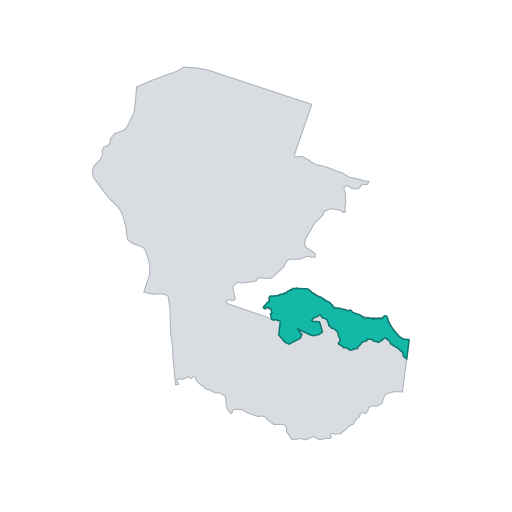 Zambia, with Luapula highlighted, rotated 109°
{"feature_id": "ZMB-514", "entity_name": "Luapula", "entity_type": "Province", "adm_level": 1, "iso_a3": "ZMB", "parent_name": "Zambia", "parent_adm1": "", "projection": "equal_earth", "projection_center": [29.278, -10.414], "detail": "fine", "context": "in_parent", "style": "filled", "palette": "teal", "viewbox_px": 512, "rotation_deg": 109, "n_neighbors": 0, "source": "natural_earth", "source_scale": "10m", "svg_char_len": 9654}
<svg xmlns="http://www.w3.org/2000/svg" viewBox="0 0 512 512"><g transform="rotate(109 256 256)"><path d="M326.7,350.4L308.4,350.5L301.7,352.4L296.2,355.4L289.7,360.0L286.0,363.2L284.9,364.9L284.4,368.9L284.4,374.9L283.8,379.2L281.8,383.2L271.9,388.0L265.5,392.0L259.2,396.6L254.4,402.6L251.1,410.1L245.7,419.2L234.4,435.6L227.8,438.7L222.3,438.0L215.6,434.6L210.3,433.9L206.4,436.0L202.8,435.4L199.5,431.9L196.7,430.7L194.4,431.6L191.5,431.5L186.3,429.6L181.7,423.7L179.2,421.3L177.3,420.4L171.8,419.5L159.3,418.1L146.3,421.0L134.9,424.0L123.2,410.9L111.8,397.1L109.4,393.6L105.1,389.0L102.0,386.8L100.8,385.6L97.6,373.3L95.8,362.0L94.5,252.6L146.0,252.6L149.3,252.2L149.4,251.0L147.0,245.1L147.1,243.1L147.7,239.1L149.9,231.1L150.0,228.5L148.9,219.8L149.0,215.0L149.5,205.2L149.2,201.9L150.3,197.5L150.7,194.6L151.2,193.3L150.6,189.9L149.5,178.3L148.8,173.4L152.0,174.1L153.0,176.5L153.6,179.2L155.0,179.3L158.7,180.9L160.0,183.0L160.8,187.7L160.3,190.1L159.2,192.0L160.4,193.7L162.8,194.9L164.3,194.5L168.4,191.3L172.2,190.2L174.1,189.3L182.7,187.2L184.3,186.1L185.5,186.1L186.4,187.0L185.6,190.3L185.4,193.3L186.5,198.8L187.3,201.4L189.1,203.3L190.4,204.3L191.8,206.3L194.8,205.9L201.3,208.7L203.3,210.0L206.0,211.3L208.0,211.8L214.7,212.8L221.8,214.4L225.5,214.5L228.1,214.1L230.0,213.3L231.1,212.4L231.6,211.7L234.2,201.1L235.6,200.3L237.4,199.8L238.4,200.7L239.6,207.4L244.7,213.4L246.5,218.4L247.8,222.7L248.9,223.9L250.8,225.4L253.9,225.9L256.7,226.0L270.6,233.4L272.1,234.7L273.8,238.6L274.8,243.0L275.9,246.5L277.7,247.2L279.3,247.5L280.9,249.8L282.0,251.9L286.1,260.6L286.7,264.0L288.7,266.3L291.4,267.3L293.9,267.4L295.3,266.4L298.8,264.6L301.6,262.5L303.6,261.8L304.8,262.3L305.7,263.7L306.3,268.0L308.2,269.4L309.7,268.9L310.2,267.2L310.3,266.3L310.3,221.2L309.0,221.5L307.4,222.8L303.8,223.0L302.3,223.9L301.9,225.4L302.2,227.2L302.2,229.8L301.7,231.0L300.1,231.5L297.8,230.5L293.6,229.2L290.1,228.4L287.6,225.0L284.1,219.9L281.9,217.3L276.5,212.0L275.6,210.9L274.0,208.4L272.6,204.2L271.2,199.3L270.5,196.2L271.8,191.4L274.9,175.7L275.6,170.8L278.3,165.9L278.4,161.4L277.4,155.7L277.7,152.6L278.0,134.6L277.3,128.9L275.5,122.6L271.6,113.8L271.6,111.9L277.6,106.2L279.4,104.1L282.5,99.4L284.6,95.5L286.0,92.3L286.4,88.2L285.4,84.3L287.5,83.5L336.9,73.3L337.6,76.0L339.1,80.5L340.8,83.8L343.0,86.7L344.8,88.5L345.9,89.0L353.6,88.8L356.3,90.6L358.7,92.8L359.3,96.2L360.8,98.4L362.5,100.1L363.3,100.3L364.5,99.9L366.5,99.9L368.4,100.6L369.3,101.3L369.4,104.2L370.0,105.5L372.6,106.0L375.2,106.2L377.7,108.2L380.4,108.6L383.6,109.4L385.1,111.5L388.4,113.6L392.6,115.6L397.1,118.7L397.2,119.7L397.9,121.6L398.7,123.0L398.8,125.0L399.2,126.8L400.3,127.2L401.3,127.4L402.2,126.0L403.4,126.1L404.7,126.9L405.2,129.0L406.2,131.9L407.9,133.8L409.0,135.7L408.6,139.2L407.8,142.3L410.1,145.4L413.0,148.3L413.8,149.6L414.1,154.0L414.5,155.5L416.5,159.1L417.5,161.5L417.4,162.9L412.0,170.1L408.6,171.2L407.2,172.7L406.3,174.2L408.4,181.4L409.5,184.1L408.6,187.5L406.4,193.2L405.4,193.8L405.2,198.1L405.9,199.7L406.9,201.0L407.3,203.9L407.2,211.3L405.8,219.6L408.2,226.9L409.0,227.7L412.4,227.7L413.0,228.4L412.2,230.4L409.8,233.6L405.5,236.1L399.4,238.9L398.1,241.5L397.2,245.3L397.9,247.6L398.7,248.9L398.4,252.2L397.9,255.7L398.0,258.5L397.8,261.0L396.9,262.2L395.9,265.9L394.5,269.6L393.5,271.3L391.9,273.0L389.5,274.5L389.5,275.2L392.3,277.0L393.0,278.1L393.2,279.0L392.1,280.8L393.3,282.0L394.9,282.9L396.3,285.4L398.0,290.0L398.3,290.5L398.7,290.6L399.7,290.1L401.4,288.2L402.6,287.5L404.0,290.2L378.4,301.7L372.4,304.0L363.4,308.1L360.5,309.6L358.1,311.1L334.3,320.0L330.6,321.8L322.2,326.3L321.9,327.1L322.0,329.2L322.7,333.5L324.2,337.4L325.4,339.6L326.2,345.4L326.7,350.4Z" fill="#d9dde1" stroke="#a8b0b8" stroke-width="1"/><path d="M276.8,123.8L276.4,123.7L276.3,123.2L276.2,122.0L276.1,121.6L275.9,121.2L275.3,120.6L274.9,120.2L274.8,119.6L274.9,118.4L274.8,117.7L274.2,116.7L273.3,116.0L271.9,115.7L270.7,115.0L270.3,113.7L270.8,112.3L272.0,111.3L274.5,109.7L277.1,107.1L281.7,101.0L285.3,94.7L286.3,91.5L286.5,88.2L285.3,84.9L285.2,84.2L285.9,83.8L304.3,80.0L304.0,80.8L303.2,83.0L302.8,83.8L302.4,84.3L302.1,84.6L301.2,84.9L300.1,85.4L299.9,85.6L299.5,86.1L299.2,86.7L298.4,88.9L298.1,89.5L297.8,89.9L297.6,90.2L296.7,93.1L296.1,96.7L295.2,99.8L295.1,100.2L294.6,100.8L294.4,101.0L293.5,101.3L293.1,101.6L293.0,101.9L292.3,104.9L292.3,105.0L292.1,105.1L291.6,105.1L291.6,105.3L291.4,106.1L291.3,106.9L291.4,107.3L291.6,107.5L292.0,107.8L292.8,108.3L293.0,108.5L293.6,109.2L293.9,109.4L294.1,109.4L294.5,109.2L295.0,109.4L295.1,109.5L295.5,110.1L295.7,110.6L295.9,110.9L296.0,111.0L296.4,111.1L296.6,111.2L296.8,111.6L297.4,111.5L297.5,111.6L297.6,111.8L297.6,112.3L297.8,112.8L297.8,113.1L297.7,114.2L297.7,114.6L298.2,116.8L298.1,117.4L297.9,117.8L297.5,118.0L297.4,118.1L297.4,118.3L297.3,119.4L297.3,119.7L297.4,120.4L297.6,121.0L298.2,123.1L298.5,123.6L298.9,124.0L299.1,124.0L299.6,123.7L300.1,123.8L300.4,123.9L300.9,124.6L301.4,125.7L301.5,126.0L301.8,126.2L302.2,126.7L302.6,126.8L303.0,127.5L303.3,127.8L303.7,127.9L304.2,128.2L304.3,128.3L304.8,128.1L306.0,128.5L306.3,128.7L306.8,129.1L307.6,129.4L308.3,129.6L308.6,129.9L308.7,130.0L309.2,129.9L309.9,130.0L310.2,129.9L310.5,130.0L311.0,131.1L311.3,131.7L311.7,132.2L312.0,132.5L312.2,133.0L312.3,133.6L312.4,133.9L312.6,134.1L313.4,134.5L313.6,134.6L313.8,134.8L313.9,135.2L314.2,136.5L314.3,136.8L314.1,137.7L313.4,140.1L313.4,140.6L313.5,141.2L313.9,142.6L314.2,143.3L314.3,143.4L314.3,143.6L313.5,144.5L313.2,145.2L313.1,145.5L312.7,148.3L312.5,148.7L312.4,149.0L311.9,149.5L311.5,149.7L311.2,149.7L310.7,149.6L310.1,149.3L309.7,149.1L308.4,149.0L307.6,149.2L307.1,149.5L306.8,149.7L306.4,150.2L305.6,151.3L305.3,151.6L304.6,152.0L303.6,152.7L302.7,153.0L302.3,153.2L302.1,153.4L301.6,154.2L300.5,155.1L300.4,155.2L300.4,155.5L300.3,156.7L300.2,157.1L300.1,157.3L299.9,157.5L299.2,158.8L299.2,159.3L299.4,159.8L299.7,160.4L299.8,160.5L299.6,161.0L298.5,163.0L298.3,163.5L298.2,164.4L298.0,164.6L297.9,164.7L297.1,164.7L296.8,164.8L296.6,165.2L296.3,165.5L293.0,168.3L292.8,168.6L292.8,168.8L292.8,173.2L292.7,173.4L292.7,173.6L291.4,175.1L290.9,176.0L290.6,176.6L290.6,176.8L290.9,176.9L293.0,177.9L293.3,178.2L295.7,181.4L295.9,181.5L296.2,181.7L296.9,181.6L297.1,181.6L298.5,182.6L298.9,182.6L299.0,182.5L299.1,182.1L299.1,181.2L299.3,180.2L299.3,179.8L298.5,178.4L298.4,178.1L298.3,177.8L298.3,177.4L298.4,176.7L298.3,176.4L297.8,175.3L297.6,174.8L298.0,174.3L298.4,173.9L306.0,168.5L306.3,168.4L307.0,169.0L307.9,169.6L309.2,170.3L309.8,170.7L309.9,170.9L310.0,171.1L310.8,173.1L311.0,173.4L311.7,174.0L312.0,174.4L312.8,176.3L312.9,176.9L313.0,178.9L311.4,192.9L311.6,192.7L311.8,192.1L312.6,191.7L312.8,191.4L312.8,191.0L312.9,190.6L313.1,190.2L313.2,189.9L314.2,189.0L314.5,188.5L314.6,187.7L314.9,187.4L315.1,187.2L315.4,187.1L318.9,187.2L319.3,187.3L319.8,187.7L328.4,195.9L328.5,196.2L328.6,196.4L328.6,196.7L328.6,196.9L328.4,197.2L328.4,198.0L328.2,198.8L328.1,199.2L328.2,199.5L328.3,199.9L328.3,200.2L323.6,208.2L323.2,208.7L322.7,208.9L311.0,211.5L310.9,211.6L310.1,211.7L309.8,212.1L309.7,212.6L309.7,213.3L309.9,214.5L309.8,216.2L309.9,216.8L310.1,217.4L310.7,218.1L310.9,218.6L310.9,219.0L310.7,220.0L310.9,220.4L310.8,220.6L310.6,221.0L310.4,221.2L309.2,221.3L308.6,221.6L307.7,222.5L306.2,223.3L305.8,223.5L305.5,223.2L305.0,222.6L304.6,222.4L304.2,222.4L304.0,222.6L303.6,223.1L303.0,223.5L301.8,224.0L301.4,224.5L301.2,224.9L300.9,226.4L300.8,227.3L300.7,227.6L300.6,227.9L300.7,228.2L301.6,229.6L302.0,229.8L302.4,229.8L302.8,230.0L302.9,230.7L302.8,231.4L302.5,231.9L302.1,232.3L301.6,232.3L301.4,232.3L301.1,232.0L301.0,231.8L300.2,231.8L299.5,231.5L298.4,230.7L298.1,230.6L297.0,230.6L296.7,230.5L296.5,230.3L296.1,230.0L295.6,229.2L295.3,229.0L293.1,229.1L292.4,229.3L291.8,229.7L291.4,230.1L291.1,229.3L290.6,229.4L290.2,229.7L289.8,229.7L289.5,229.5L289.3,229.5L289.1,229.4L289.0,228.6L286.8,223.1L286.0,221.9L284.4,220.7L284.2,220.3L284.0,219.6L283.7,218.9L283.4,218.2L283.0,217.8L282.0,217.1L281.7,216.7L281.5,216.2L281.4,215.1L281.2,214.8L280.2,215.0L279.6,214.8L278.2,213.9L277.9,213.5L277.4,212.1L277.0,211.7L276.4,212.2L276.3,211.9L276.0,211.2L275.6,210.7L275.3,210.5L275.0,210.4L274.7,210.7L274.4,210.1L274.2,208.3L273.8,207.9L273.4,207.7L273.1,207.3L272.9,204.7L272.8,204.3L272.4,203.8L272.2,203.5L272.3,203.3L272.3,203.0L271.8,200.7L271.7,200.4L271.3,199.8L271.1,199.5L270.7,198.4L270.6,198.1L270.5,197.5L270.4,195.5L270.5,194.8L271.9,192.1L272.0,191.9L272.8,191.2L272.6,189.8L272.7,189.0L272.9,188.4L273.2,188.0L273.7,186.6L273.7,185.3L273.7,184.9L274.0,184.3L274.1,183.9L274.1,183.4L273.8,181.5L273.8,181.1L274.2,180.4L274.5,179.5L274.6,179.1L274.7,178.7L274.6,177.9L274.6,177.5L274.8,177.2L275.3,176.5L275.5,175.7L275.7,175.0L275.8,174.6L275.8,172.9L275.9,172.0L276.2,171.2L276.5,170.4L277.0,169.7L277.2,169.4L277.4,168.5L277.8,167.6L278.0,167.4L278.5,167.4L279.0,166.9L279.4,166.3L279.8,165.6L279.9,164.9L279.8,164.6L279.2,164.0L279.0,163.6L279.2,162.4L279.2,161.9L278.5,160.9L278.2,160.3L278.1,159.8L278.3,159.4L278.0,158.8L278.3,158.1L278.4,157.7L278.5,157.2L278.4,156.8L278.2,156.1L278.0,155.5L277.8,154.8L277.7,153.9L277.8,153.1L277.9,152.5L278.0,151.9L277.8,151.2L277.5,150.9L277.4,150.7L277.3,150.1L276.3,149.1L276.6,148.4L277.3,147.3L277.7,146.2L278.0,144.7L278.0,141.7L277.8,139.0L277.9,138.2L278.8,135.8L279.1,134.2L279.3,133.6L279.8,133.3L279.9,133.1L279.2,132.1L279.1,131.6L278.9,131.4L278.7,131.2L278.4,131.0L278.0,130.3L277.9,129.5L277.8,127.8L277.8,127.4L277.5,126.6L277.3,125.7L276.8,124.9L276.7,124.6L276.8,124.4L277.5,124.1L277.7,123.8L276.8,123.8Z" fill="#14b8a6" stroke="#0f766e" stroke-width="1.5"/></g></svg>